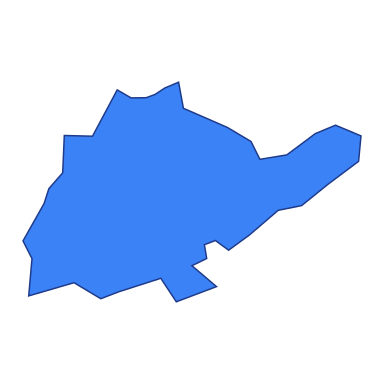 Izboskan, Andijon, Uzbekistan
{"feature_id": "79887680B50454088446008", "entity_name": "Izboskan", "entity_type": "district", "adm_level": 2, "iso_a3": "UZB", "parent_name": "Uzbekistan", "parent_adm1": "Andijon", "projection": "natural_earth1", "projection_center": [72.251, 40.931], "detail": "fine", "context": "isolated", "style": "filled", "palette": "blue", "viewbox_px": 384, "rotation_deg": 0, "n_neighbors": 0, "source": "geoboundaries", "source_scale": "gbopen_adm2", "svg_char_len": 585}
<svg xmlns="http://www.w3.org/2000/svg" viewBox="0 0 384 384"><path d="M249.4,235.0L278.2,210.3L301.6,205.6L328.2,184.1L358.6,161.3L361.0,135.9L335.5,125.2L315.3,133.6L286.8,154.9L259.9,159.3L251.0,141.5L227.5,127.5L183.4,108.3L178.6,82.2L165.0,87.9L154.9,94.5L146.2,97.7L131.1,97.9L117.2,89.9L92.5,136.2L64.3,135.5L62.7,172.8L48.9,188.6L44.1,203.5L23.0,240.9L32.0,258.7L28.7,295.9L74.0,282.7L100.8,298.7L119.0,291.7L160.8,278.3L176.3,301.8L216.5,286.6L191.9,265.7L206.7,258.5L204.4,244.7L215.4,240.5L228.6,250.2L249.4,235.0Z" fill="#3b82f6" stroke="#1e3a8a" stroke-width="1.5"/></svg>